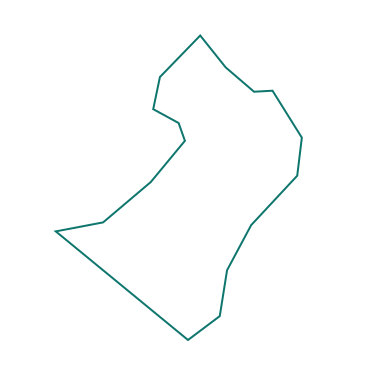 SVG path tracing the border of Għasri, rotated 228°
{"feature_id": "MLT-5976", "entity_name": "Għasri", "entity_type": "state/province", "adm_level": 1, "iso_a3": "MLT", "parent_name": "Malta", "parent_adm1": "", "projection": "orthographic", "projection_center": [14.227, 36.06], "detail": "fine", "context": "isolated", "style": "outline", "palette": "teal", "viewbox_px": 384, "rotation_deg": 228, "n_neighbors": 0, "source": "natural_earth", "source_scale": "10m", "svg_char_len": 376}
<svg xmlns="http://www.w3.org/2000/svg" viewBox="0 0 384 384"><g transform="rotate(228 192 192)"><path d="M84.7,90.0L253.9,64.4L228.9,105.6L227.0,168.1L234.8,221.0L252.2,228.2L279.5,218.6L298.9,245.1L302.8,302.8L262.0,300.4L225.0,305.2L213.4,319.6L158.9,310.0L133.7,281.1L127.8,213.8L110.4,165.7L81.2,129.6L84.7,90.0Z" fill="none" stroke="#0f766e" stroke-width="2"/></g></svg>